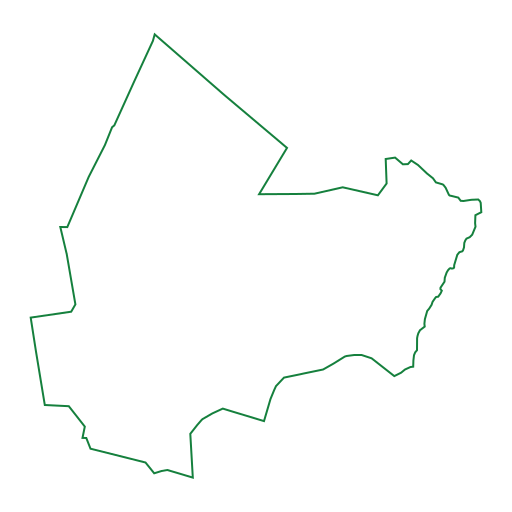 Rockingham, New Hampshire, United States of America (orthographic projection)
{"feature_id": "52423323B53018851624800", "entity_name": "Rockingham", "entity_type": "district", "adm_level": 2, "iso_a3": "USA", "parent_name": "United States of America", "parent_adm1": "New Hampshire", "projection": "orthographic", "projection_center": [-70.949, 43.006], "detail": "fine", "context": "isolated", "style": "outline", "palette": "green", "viewbox_px": 512, "rotation_deg": 0, "n_neighbors": 0, "source": "geoboundaries", "source_scale": "gbopen_adm2", "svg_char_len": 1811}
<svg xmlns="http://www.w3.org/2000/svg" viewBox="0 0 512 512"><path d="M411.2,160.5L407.9,164.1L402.9,164.3L395.1,157.6L385.7,159.0L386.6,183.5L377.9,195.3L342.7,187.3L314.5,193.7L295.4,194.0L259.1,194.2L287.0,147.9L226.2,96.6L222.8,93.7L154.7,34.4L152.9,40.9L134.4,81.0L114.3,125.4L112.1,127.2L104.9,145.1L88.7,176.9L67.3,227.1L60.3,227.0L66.5,253.2L66.6,253.4L75.4,304.4L71.2,311.7L30.7,317.6L35.9,351.0L44.8,405.0L68.8,406.2L84.8,426.6L82.5,437.9L86.3,438.0L90.5,448.7L130.8,458.8L145.5,462.5L154.2,473.3L161.6,471.0L167.3,470.0L176.8,472.8L192.8,477.6L190.3,433.8L192.6,430.9L197.4,424.8L201.5,420.1L202.3,419.3L202.7,419.0L212.4,413.4L222.8,408.6L232.9,411.7L264.0,421.1L270.5,399.0L274.2,390.0L276.0,386.1L284.0,377.6L300.1,374.3L303.2,373.6L323.1,369.5L333.5,363.6L344.1,357.0L344.7,356.6L346.6,356.0L354.2,355.0L354.3,355.0L354.5,355.0L361.6,355.0L371.6,358.3L394.3,376.1L401.1,372.7L405.0,369.5L410.5,367.0L413.2,366.7L413.4,360.5L414.0,355.2L415.2,352.3L415.5,352.0L417.0,350.2L417.1,338.2L417.5,336.0L418.3,333.3L420.0,330.2L424.7,326.6L424.4,323.8L424.9,319.1L427.2,311.0L429.2,308.6L431.6,304.8L432.5,302.0L433.2,300.9L435.3,297.9L436.1,297.0L438.2,296.7L440.6,293.3L441.8,290.7L440.4,289.1L440.5,287.7L441.3,286.5L444.5,281.7L444.8,277.7L446.7,272.4L448.1,270.1L449.6,268.5L450.5,268.2L451.9,268.6L453.6,268.2L454.1,267.4L454.2,265.1L457.3,254.8L459.4,252.2L462.3,251.3L463.0,250.4L464.0,247.4L464.3,242.9L465.3,240.4L466.5,238.6L469.7,237.2L472.2,234.7L475.5,226.7L475.1,223.2L475.4,215.2L481.3,212.2L480.7,202.8L479.9,201.1L478.2,199.5L471.3,199.8L463.4,201.0L460.8,200.8L460.7,200.8L458.3,197.6L451.8,196.0L449.6,195.5L448.9,194.8L445.6,187.7L443.5,185.0L442.7,184.4L435.9,182.4L433.7,179.3L433.0,178.3L427.0,173.5L418.0,165.0L411.2,160.5Z" fill="none" stroke="#15803d" stroke-width="2"/></svg>